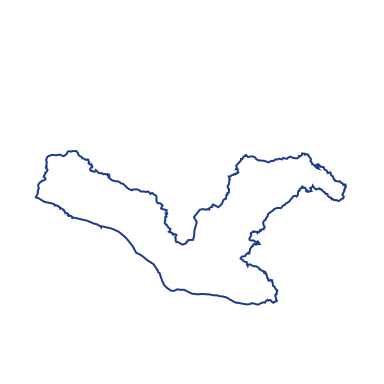 outline of West Santo, Sanma, Vanuatu, rotated 309°
{"feature_id": "77236927B51416444743643", "entity_name": "West Santo", "entity_type": "district", "adm_level": 2, "iso_a3": "VUT", "parent_name": "Vanuatu", "parent_adm1": "Sanma", "projection": "orthographic", "projection_center": [166.82, -15.308], "detail": "fine", "context": "isolated", "style": "outline", "palette": "blue", "viewbox_px": 384, "rotation_deg": 309, "n_neighbors": 0, "source": "geoboundaries", "source_scale": "gbopen_adm2", "svg_char_len": 6069}
<svg xmlns="http://www.w3.org/2000/svg" viewBox="0 0 384 384"><g transform="rotate(309 192 192)"><path d="M294.1,259.0L293.0,256.4L292.2,256.3L292.7,255.5L292.1,254.5L291.1,254.2L291.1,253.5L289.8,254.1L288.6,254.0L287.3,252.6L287.0,253.2L284.3,252.6L282.2,249.3L281.3,246.2L279.6,245.2L277.5,244.9L275.8,241.4L273.9,241.4L272.8,238.8L271.0,237.9L270.1,236.5L267.3,235.7L266.1,234.1L263.2,232.8L261.7,228.5L258.3,223.5L258.0,221.0L258.6,219.5L257.8,216.5L254.4,213.4L254.7,210.6L254.0,210.4L253.4,210.8L252.1,209.8L249.1,210.3L248.5,209.3L247.2,210.2L240.5,209.7L239.0,211.6L237.4,211.8L238.4,213.2L236.3,215.0L236.2,215.7L234.6,215.2L234.2,214.5L233.2,214.7L232.4,213.4L231.6,213.6L230.3,212.4L228.1,211.9L227.2,210.8L225.6,213.5L224.5,213.6L221.7,215.7L218.9,216.0L217.7,217.6L217.6,218.9L214.9,220.9L213.3,220.2L212.5,221.2L211.6,220.5L208.2,222.6L206.8,221.7L205.4,221.5L201.7,222.7L196.8,222.1L195.5,216.2L194.9,216.0L193.2,217.1L192.2,216.2L190.5,215.8L189.2,216.4L189.1,215.1L187.3,214.4L185.6,211.3L183.2,209.3L173.7,209.3L171.6,214.7L163.2,218.3L159.8,220.9L155.6,223.0L152.2,219.3L151.0,219.6L150.1,219.1L148.6,219.7L145.2,217.9L144.1,212.2L143.2,211.4L144.2,209.4L145.3,209.0L146.1,207.5L148.9,206.9L148.3,204.9L146.9,204.2L147.7,202.9L147.3,202.5L147.5,201.1L146.7,200.3L146.5,199.0L147.7,199.2L149.6,198.6L149.5,195.9L150.5,193.2L150.2,192.3L150.6,191.9L150.6,190.8L151.5,189.6L153.2,189.2L155.5,187.0L156.8,187.7L158.2,185.7L158.3,186.3L159.7,186.3L160.4,184.4L161.9,183.8L159.7,178.6L160.0,178.1L163.1,177.6L163.1,174.1L161.7,172.4L162.2,170.5L166.2,167.2L166.6,165.8L166.1,164.0L166.2,161.5L164.3,160.9L164.8,159.0L164.6,157.3L163.2,156.5L162.1,154.3L160.3,152.1L160.0,149.0L159.4,147.6L157.0,144.7L155.7,144.4L154.4,140.8L155.0,133.3L154.1,131.6L154.1,129.2L153.5,127.5L152.7,126.7L150.9,122.8L150.7,120.0L151.1,118.7L150.8,117.8L151.4,117.5L152.4,117.8L153.2,116.5L152.2,116.0L152.7,115.1L151.8,114.6L151.5,113.3L149.9,111.8L149.9,110.1L148.1,107.9L148.5,103.4L147.1,103.7L145.9,103.1L145.6,101.2L144.9,100.5L145.3,100.1L144.9,99.2L145.7,98.5L146.7,98.2L148.2,98.4L148.5,98.9L149.4,98.1L150.2,96.3L149.2,95.9L149.2,93.6L150.5,93.4L151.0,91.8L151.8,91.2L151.8,90.6L150.1,89.2L150.0,87.0L149.1,85.7L149.7,84.2L149.2,80.7L150.4,79.2L151.0,76.3L148.2,73.0L147.5,72.8L146.1,70.5L145.0,70.1L142.2,70.7L139.0,69.7L137.8,65.6L135.4,63.7L132.5,59.6L129.6,57.9L128.0,57.5L125.0,58.5L123.8,60.4L121.7,61.5L120.9,62.6L119.8,62.5L119.5,63.5L118.8,63.5L118.4,65.8L115.7,66.3L114.6,65.8L113.8,66.5L110.8,66.9L110.4,67.8L110.7,68.9L109.8,70.1L108.4,69.9L106.1,68.3L105.3,68.5L103.2,67.7L101.0,68.0L100.2,68.3L98.3,70.8L95.9,71.3L94.8,72.5L92.6,73.4L89.6,74.0L90.6,76.7L91.5,83.6L95.4,91.2L95.7,93.3L95.2,93.9L95.9,94.3L97.0,96.9L96.6,97.9L97.0,99.5L96.1,100.1L96.9,100.7L97.4,103.4L96.8,103.8L97.0,105.0L95.8,107.0L96.9,108.2L97.0,109.2L96.6,110.4L95.6,110.4L95.7,111.0L96.6,111.2L96.4,111.9L97.3,113.3L97.3,114.4L96.4,115.3L98.0,116.7L103.7,128.6L105.8,135.9L107.1,138.4L107.3,140.9L108.1,142.2L107.9,143.3L107.5,143.2L107.3,143.7L108.3,143.4L109.0,144.2L112.9,152.3L115.0,159.9L114.9,167.7L114.5,171.3L112.5,180.1L109.6,187.0L110.5,189.8L111.0,194.5L110.8,199.2L111.7,207.7L109.3,215.1L108.4,216.1L108.6,217.8L104.4,224.3L102.2,228.9L101.7,232.7L102.2,237.9L103.8,240.2L107.2,241.9L108.8,244.7L111.0,247.3L113.0,256.0L116.2,261.0L119.0,263.9L123.7,270.5L125.0,273.4L127.5,276.5L128.2,278.6L130.3,281.9L131.8,285.3L133.1,294.0L133.5,295.1L133.8,294.7L133.6,295.3L138.8,304.9L140.4,306.8L143.7,308.9L145.9,314.1L150.8,316.5L152.0,318.4L153.3,318.0L155.7,318.6L155.7,319.7L156.6,320.0L157.4,321.2L156.9,323.5L157.2,325.0L158.2,324.9L159.4,326.0L160.9,326.5L161.4,324.9L162.3,324.4L163.4,322.4L164.6,321.7L165.4,322.0L165.4,321.4L167.7,321.1L169.3,319.9L169.1,318.3L170.3,315.9L170.1,313.9L172.4,311.7L172.6,310.6L173.8,310.0L173.2,308.5L172.0,308.2L171.3,307.3L171.8,306.3L172.6,306.0L172.5,304.7L174.4,302.6L174.5,301.2L175.4,300.9L175.2,299.8L175.9,299.2L175.7,298.5L174.8,298.6L175.4,297.2L174.8,295.7L175.0,294.1L174.3,293.3L175.0,292.1L174.7,288.8L173.1,286.5L172.0,282.1L170.4,281.6L169.5,281.9L170.2,280.2L171.9,278.9L170.6,275.6L171.1,274.1L170.9,271.6L173.1,271.3L175.7,273.7L177.3,273.3L179.9,273.8L179.9,275.0L180.5,275.2L180.8,274.4L182.5,274.2L184.1,273.0L187.0,272.8L188.1,273.4L188.4,272.7L190.6,272.9L191.4,273.3L191.2,274.9L193.3,274.9L193.1,275.9L193.9,276.0L193.5,276.8L194.1,277.3L195.0,274.3L194.4,274.2L193.4,272.9L193.0,270.1L191.7,268.8L190.9,267.2L191.7,266.0L195.6,265.3L196.9,263.6L199.9,264.5L199.7,265.0L200.9,265.7L201.3,267.4L201.9,267.6L201.5,268.6L202.3,268.4L202.9,269.3L203.9,269.1L204.6,269.7L205.4,269.0L205.8,269.8L206.9,269.8L208.0,271.1L208.4,270.7L210.4,270.8L211.1,268.8L213.0,266.5L215.6,266.1L216.8,266.7L218.8,265.9L220.5,266.1L222.9,264.9L228.1,266.5L230.6,266.6L233.6,268.6L235.5,271.3L238.9,271.3L240.4,272.3L241.7,272.0L245.3,273.5L252.4,273.4L254.2,274.9L254.3,276.2L256.3,276.1L258.9,274.3L259.9,274.2L260.9,274.8L261.1,274.2L262.3,273.8L263.8,274.4L264.0,275.2L264.1,274.6L265.1,274.3L265.0,275.1L265.7,274.8L265.7,276.4L266.5,277.2L265.4,279.4L265.7,280.7L264.6,280.5L264.9,281.9L267.9,284.2L268.2,283.3L269.0,282.8L269.3,281.4L271.7,282.4L272.9,281.9L272.0,284.7L272.0,286.8L275.1,288.8L274.7,290.1L275.5,290.8L274.9,293.5L275.3,295.7L274.6,296.5L275.6,298.6L274.7,299.4L274.4,300.5L274.5,302.6L275.1,303.4L274.2,305.1L275.3,305.7L275.0,307.4L276.5,309.1L277.1,311.5L279.9,312.6L281.2,312.7L281.9,313.4L283.6,313.1L284.2,312.3L284.5,310.5L288.8,309.7L289.4,308.9L290.5,308.9L291.5,308.1L292.3,308.4L293.2,308.0L294.4,306.5L293.5,305.5L292.9,305.7L292.8,304.9L293.5,303.5L292.9,301.5L293.5,300.4L292.2,299.1L290.7,295.9L291.5,294.9L291.2,294.0L292.8,291.9L292.5,289.7L294.3,287.4L293.9,286.6L292.2,285.8L292.3,284.9L293.4,283.3L292.9,280.7L294.2,278.7L292.8,276.7L293.0,272.5L291.2,271.6L291.5,273.7L290.8,274.1L290.8,274.8L290.0,274.9L289.8,275.7L289.1,273.8L289.9,269.3L289.2,268.0L290.3,266.5L290.4,264.7L292.0,264.1L292.8,262.9L293.5,259.3L294.1,259.0Z" fill="none" stroke="#1e3a8a" stroke-width="2"/></g></svg>